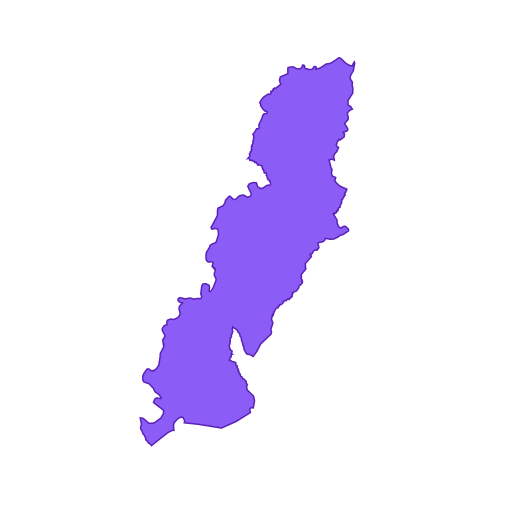 Kumbungu, Northern, Ghana, rotated 215°
{"feature_id": "2480657B99246651758289", "entity_name": "Kumbungu", "entity_type": "district", "adm_level": 2, "iso_a3": "GHA", "parent_name": "Ghana", "parent_adm1": "Northern", "projection": "natural_earth1", "projection_center": [-1.057, 9.798], "detail": "fine", "context": "isolated", "style": "filled", "palette": "violet", "viewbox_px": 512, "rotation_deg": 215, "n_neighbors": 0, "source": "geoboundaries", "source_scale": "gbopen_adm2", "svg_char_len": 6111}
<svg xmlns="http://www.w3.org/2000/svg" viewBox="0 0 512 512"><g transform="rotate(215 256 256)"><path d="M202.7,260.6L203.1,261.6L204.0,261.5L204.2,262.7L206.3,263.7L206.8,265.2L207.9,265.8L208.3,267.0L207.7,273.5L208.0,274.5L209.0,274.7L209.3,275.8L211.3,277.9L210.3,287.3L211.5,288.3L212.6,288.1L212.6,289.1L211.3,290.3L211.8,292.7L211.4,294.2L210.5,295.3L209.6,295.5L209.1,296.8L209.7,297.3L209.2,298.4L209.6,299.4L212.3,301.5L212.5,302.7L209.3,306.2L208.8,308.4L209.3,310.2L204.4,312.5L201.8,314.8L199.5,319.0L199.1,321.0L197.0,323.5L194.6,329.7L195.7,331.0L199.3,331.6L200.9,331.0L202.7,327.4L205.1,327.4L208.4,329.5L210.5,332.1L216.9,334.8L216.8,335.5L215.9,335.7L216.1,336.6L215.3,336.8L215.1,338.0L215.6,338.7L215.0,339.6L215.7,340.0L215.1,340.7L215.9,342.7L215.1,344.1L216.0,345.6L216.3,348.6L216.8,348.6L217.4,350.7L218.3,351.3L217.6,352.3L218.2,354.5L217.8,354.8L218.3,355.4L217.8,357.1L219.3,357.8L219.0,359.2L219.4,359.2L219.4,361.7L220.2,362.2L220.1,362.8L228.0,361.3L233.3,362.3L234.7,363.0L235.7,366.0L239.6,365.3L242.0,367.5L243.2,370.4L245.2,371.3L251.2,376.6L250.4,377.4L250.0,378.7L246.8,379.4L249.8,382.5L250.1,385.4L249.7,387.8L250.6,392.3L253.5,392.3L254.7,395.3L255.0,399.1L253.7,399.1L252.1,404.1L253.3,406.5L255.5,407.3L253.3,410.3L253.1,411.9L254.1,413.0L259.4,415.4L258.8,420.7L260.1,422.6L263.2,425.4L262.8,429.0L261.3,431.6L264.2,432.7L267.2,432.5L269.8,436.1L270.2,444.9L273.0,449.2L275.1,450.9L276.6,453.6L280.9,455.5L282.0,458.0L282.6,463.7L285.7,470.5L286.8,471.3L286.6,468.6L286.0,467.6L286.2,466.9L288.7,465.8L292.9,465.4L300.2,466.5L301.8,465.9L304.8,457.9L306.3,455.6L308.6,453.6L311.2,447.0L312.7,444.8L314.2,443.3L314.5,444.9L315.7,445.4L317.0,444.6L317.1,441.0L319.8,439.0L321.4,438.8L321.9,438.0L324.6,438.1L324.9,439.4L326.1,439.8L327.2,439.4L327.2,438.0L326.5,437.5L327.0,435.0L327.6,434.4L329.9,432.8L334.1,432.3L337.5,429.2L337.8,428.3L334.5,423.6L338.8,416.6L337.6,413.4L334.2,410.8L336.2,404.4L337.0,404.4L337.6,403.1L337.7,402.3L336.9,402.0L337.7,399.6L337.4,398.7L337.8,398.8L337.1,397.9L337.1,396.6L338.8,395.8L340.8,390.9L341.2,387.3L341.0,384.6L340.7,383.6L339.1,383.0L338.6,381.9L334.4,380.3L331.9,379.8L330.1,380.6L329.1,380.1L328.9,379.0L330.9,377.1L331.2,375.3L330.2,372.5L328.9,365.1L326.9,362.8L327.2,361.5L328.5,360.7L328.1,356.3L328.4,353.9L326.8,353.1L324.9,350.2L324.4,348.0L323.2,347.3L322.9,344.4L322.2,344.0L322.6,343.1L321.5,342.1L321.0,340.6L320.4,340.5L320.1,339.7L320.4,338.0L319.8,337.5L320.0,335.9L318.3,334.3L318.6,331.3L318.2,331.8L317.1,331.7L315.8,330.8L314.3,332.2L313.8,331.7L312.2,332.5L310.7,332.0L310.8,332.5L309.8,332.9L308.5,332.2L307.0,332.3L306.8,331.5L305.2,332.7L302.6,333.2L301.7,331.9L300.7,331.7L300.4,330.9L299.5,331.1L297.0,328.9L296.5,328.9L295.7,330.0L294.1,328.9L293.8,327.9L292.9,327.8L291.2,326.1L289.6,325.4L288.2,325.8L287.9,325.0L286.6,324.7L285.0,322.8L285.2,322.1L287.4,320.4L289.4,315.5L290.9,313.9L294.5,313.7L297.6,316.2L300.6,314.5L302.8,311.4L302.8,308.4L296.1,304.6L295.1,303.3L294.8,301.7L296.7,299.2L300.9,298.9L302.5,297.8L304.3,295.4L305.0,291.4L305.9,289.9L307.2,289.4L311.2,290.1L312.2,289.6L313.0,284.4L311.9,281.5L311.8,278.2L314.6,273.4L313.9,271.6L310.7,266.8L309.2,253.5L307.6,252.7L304.8,255.4L302.8,256.0L300.9,254.5L298.9,251.7L296.8,245.1L296.9,243.5L298.8,240.7L299.7,238.3L299.0,235.9L298.7,230.6L297.6,228.3L295.4,225.1L293.9,223.9L291.7,223.6L288.9,225.9L287.4,226.1L285.9,222.2L283.5,222.4L284.9,221.8L282.9,222.2L281.6,221.6L281.1,220.8L282.5,221.8L284.0,221.8L281.7,221.2L280.7,220.1L280.1,217.6L279.1,216.3L275.7,214.4L274.9,213.4L272.9,205.4L272.7,201.5L273.5,200.3L274.4,200.5L276.0,203.6L277.7,205.1L281.3,204.5L283.4,202.6L283.3,200.4L279.5,193.3L277.4,191.8L276.8,190.7L277.0,189.2L279.3,187.9L282.2,185.1L285.9,183.8L289.3,180.4L294.5,178.2L295.3,176.6L294.6,175.0L293.0,174.4L290.9,174.6L289.3,175.5L289.9,170.8L288.8,168.5L285.5,165.9L284.5,163.6L284.8,160.6L286.7,157.1L290.2,155.0L291.7,152.5L291.5,151.3L289.6,148.7L291.2,146.4L291.2,143.0L290.4,141.6L288.7,140.5L284.5,138.5L284.3,134.0L282.9,132.2L280.7,130.8L280.3,129.7L282.1,131.4L279.5,128.7L278.5,121.2L277.0,119.0L273.1,111.0L272.9,106.8L274.1,103.0L274.4,103.3L275.9,102.0L279.1,102.0L280.4,100.9L280.5,95.6L279.9,92.8L277.6,89.5L275.6,88.5L270.4,90.0L264.3,88.8L261.0,86.9L256.2,86.8L252.3,85.6L252.0,85.1L252.4,84.5L255.8,82.9L256.5,81.9L256.8,80.8L256.0,77.2L243.3,76.6L241.5,73.9L241.0,68.6L243.4,61.5L244.6,59.9L247.8,57.5L255.3,58.3L258.0,57.0L253.4,52.6L252.1,49.2L251.2,48.2L249.3,47.5L246.8,45.6L244.7,45.1L241.8,43.4L240.7,42.1L239.2,42.1L236.8,41.1L234.7,41.3L232.9,40.7L226.9,60.8L224.6,65.1L223.2,66.1L225.4,68.5L227.5,72.1L226.8,77.3L225.6,80.4L223.4,81.9L220.8,80.7L219.6,79.6L219.1,78.2L207.2,84.8L185.6,95.3L177.2,109.3L170.8,124.6L173.3,126.8L173.0,129.1L171.2,129.8L171.8,131.6L174.1,136.5L177.6,139.8L186.4,141.2L189.0,143.8L189.1,145.4L191.6,146.8L191.9,147.5L195.1,148.3L196.7,147.9L198.3,148.9L199.8,148.7L201.1,150.2L201.9,150.0L204.1,151.8L204.8,151.6L205.1,152.7L207.3,153.7L208.1,155.1L209.9,155.2L211.2,156.8L212.0,157.0L215.7,155.7L216.9,156.0L218.0,155.3L218.7,156.8L218.5,159.3L219.8,161.0L219.0,162.0L220.1,162.1L221.0,164.4L224.2,164.6L224.4,165.5L226.4,166.7L227.0,169.3L227.7,169.8L227.9,171.1L229.9,173.6L229.6,174.3L230.0,176.2L231.0,177.0L230.8,177.7L231.7,180.8L233.5,182.2L233.6,183.6L234.4,184.5L228.5,184.5L227.6,183.4L225.3,183.2L222.7,181.0L221.4,180.8L219.6,178.7L216.1,176.3L215.7,175.4L214.1,174.7L212.3,172.7L208.3,170.7L206.8,170.5L204.4,171.8L200.7,172.1L200.6,178.7L201.7,186.7L198.9,200.7L199.8,202.9L201.6,204.0L203.7,210.8L207.1,213.1L207.6,214.0L207.9,215.8L208.4,215.9L207.9,217.3L208.6,217.5L208.8,218.4L208.4,218.5L208.9,220.0L209.3,220.2L209.0,220.7L209.5,223.6L209.1,225.5L208.2,226.2L208.9,227.6L208.3,228.1L208.6,229.7L207.8,230.3L206.9,232.4L207.6,234.3L207.0,234.5L207.2,235.2L206.3,236.5L205.5,236.8L205.6,238.8L203.9,239.5L204.1,240.6L203.5,241.4L203.8,241.7L203.1,243.7L204.4,244.9L204.0,245.3L204.3,246.4L205.2,246.9L202.8,250.6L202.7,254.6L203.7,256.0L202.9,257.9L202.7,260.6Z" fill="#8b5cf6" stroke="#5b21b6" stroke-width="1.5"/></g></svg>